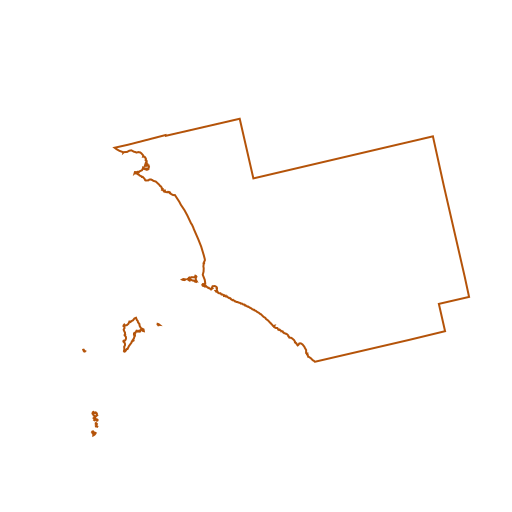 the district of Elliston, South Australia, Australia, rotated 347°
{"feature_id": "25037944B88670568151833", "entity_name": "Elliston", "entity_type": "district", "adm_level": 2, "iso_a3": "AUS", "parent_name": "Australia", "parent_adm1": "South Australia", "projection": "equal_earth", "projection_center": [134.757, -33.574], "detail": "fine", "context": "isolated", "style": "outline", "palette": "amber", "viewbox_px": 512, "rotation_deg": 347, "n_neighbors": 0, "source": "geoboundaries", "source_scale": "gbopen_adm2", "svg_char_len": 6109}
<svg xmlns="http://www.w3.org/2000/svg" viewBox="0 0 512 512"><g transform="rotate(347 256 256)"><path d="M455.3,179.2L270.9,179.8L271.0,118.6L195.2,118.6L195.2,117.8L156.4,118.8L142.6,118.7L144.1,120.5L146.6,122.8L150.2,125.2L150.1,125.4L150.7,125.1L153.8,125.6L156.2,124.9L158.3,125.0L160.6,127.0L161.9,127.6L162.7,128.3L164.9,128.3L165.4,128.7L166.2,128.8L167.3,130.0L168.6,132.4L168.7,133.0L168.5,133.4L168.9,133.3L169.5,134.7L170.1,134.8L170.5,136.1L170.6,136.7L170.0,137.7L170.8,138.5L170.7,139.8L169.9,139.9L168.6,142.1L169.7,141.5L170.3,141.6L170.7,141.9L170.4,142.3L170.5,143.1L169.6,143.5L170.2,143.6L171.2,143.2L171.7,143.4L171.8,145.1L171.0,146.1L170.9,147.0L170.4,147.3L169.1,147.3L168.4,148.0L168.7,147.1L168.1,146.8L168.9,146.7L169.0,146.2L166.4,145.4L166.3,144.8L166.5,145.3L166.8,145.2L165.9,144.4L165.6,145.1L164.2,146.8L161.7,147.3L160.7,148.0L160.3,147.9L159.9,147.3L158.9,147.5L156.9,147.0L156.3,148.1L156.7,147.9L156.9,148.2L157.7,148.0L157.7,148.4L158.0,148.4L158.5,149.0L159.0,149.2L159.1,149.6L159.4,149.6L160.2,150.4L160.5,151.2L162.3,152.6L162.5,153.3L163.4,153.4L164.8,155.8L165.1,157.3L165.5,157.6L168.2,158.1L169.3,157.5L170.9,157.8L171.0,158.1L172.1,158.7L172.9,159.7L175.1,160.9L177.7,164.7L178.3,166.2L178.8,166.5L179.5,168.0L179.4,169.1L180.1,169.6L179.5,170.4L180.1,170.6L180.8,172.1L181.1,171.6L181.9,171.6L182.0,172.9L182.7,173.5L184.4,174.1L184.7,173.7L185.6,174.0L185.7,174.4L186.4,174.6L186.5,174.9L186.2,175.0L186.2,175.5L188.0,177.2L189.0,178.0L190.7,178.4L193.5,186.0L194.3,189.2L196.6,195.2L198.2,201.0L200.1,209.8L200.6,210.8L201.3,214.2L201.4,215.4L203.5,226.6L204.7,234.5L205.3,243.7L205.4,247.6L205.2,248.7L204.1,250.1L203.8,251.4L203.2,251.4L203.1,252.4L202.4,254.3L202.3,256.1L201.4,259.4L199.9,262.3L200.7,267.7L200.4,271.3L199.9,272.0L199.2,271.5L198.7,271.8L197.9,271.4L197.2,272.0L197.4,272.9L197.8,273.3L198.9,272.9L198.9,273.5L199.1,273.9L199.4,273.8L199.5,274.2L200.4,274.0L200.4,274.6L201.0,274.8L202.3,276.4L202.8,276.3L203.2,277.0L204.4,277.9L204.7,278.5L206.1,277.8L205.8,277.6L205.8,277.1L206.9,275.7L209.1,276.0L210.5,277.2L210.8,278.2L210.7,278.8L210.3,278.9L210.3,280.0L209.9,281.1L209.6,281.3L208.9,281.1L209.1,281.6L209.6,281.6L209.6,282.0L209.9,282.1L210.4,281.9L210.5,282.8L210.8,282.9L210.9,283.4L211.7,284.1L213.0,284.3L213.7,285.8L214.7,285.9L215.5,286.8L215.9,286.9L215.8,287.7L216.5,287.7L216.7,288.0L217.5,287.9L217.5,288.6L218.6,288.8L218.9,289.7L220.0,290.3L220.2,290.9L221.4,291.3L221.8,291.9L221.7,292.3L222.2,292.8L223.0,293.6L223.5,293.6L223.5,293.9L224.0,294.0L225.0,294.9L225.2,295.4L225.9,295.6L226.5,296.4L227.8,296.7L228.1,297.2L230.0,298.2L230.5,299.0L231.5,299.1L232.5,300.3L233.7,300.7L233.7,301.0L234.2,301.3L234.2,301.7L234.8,301.8L234.9,302.2L236.3,303.3L236.7,303.3L236.8,303.7L238.2,304.6L238.6,305.3L239.6,305.9L240.5,307.2L242.1,308.0L242.1,308.5L243.6,309.5L244.3,310.5L246.1,312.1L247.1,313.5L247.6,313.7L249.7,317.0L251.2,318.4L251.5,319.5L253.3,321.6L255.0,324.6L255.5,325.1L255.7,325.9L256.2,326.4L256.8,327.9L257.0,328.1L258.1,328.1L257.6,328.6L257.6,329.2L258.2,329.5L258.7,330.4L260.6,331.0L261.2,332.9L262.1,332.9L262.2,333.4L262.7,333.4L262.8,333.7L263.7,334.6L263.7,335.1L264.4,335.1L265.1,335.5L265.2,336.5L265.7,336.8L266.0,337.5L266.7,337.7L267.3,338.4L267.9,338.5L268.7,339.3L269.5,340.6L269.4,341.4L269.7,342.0L270.0,342.1L270.1,343.0L272.0,343.7L272.7,344.5L274.1,346.4L274.7,348.2L274.6,348.6L274.8,348.6L275.1,349.6L275.4,349.8L275.3,350.0L276.1,351.2L276.1,351.7L276.5,352.5L277.2,352.2L278.6,350.9L280.0,351.2L281.4,352.6L282.7,355.3L282.9,356.4L283.7,358.9L283.0,361.8L283.5,362.6L283.9,362.6L283.6,363.3L284.2,363.6L284.0,364.7L284.2,365.1L284.2,365.9L284.6,366.0L286.4,367.9L287.9,370.4L288.7,371.0L289.6,372.3L386.0,372.2L423.3,371.8L423.4,343.8L454.4,343.8L454.7,323.4L454.8,228.9L455.3,179.2ZM107.1,314.8L106.8,317.2L105.9,319.0L106.2,319.6L107.1,319.5L109.3,317.5L109.9,317.7L111.9,315.2L115.3,312.3L115.7,311.4L117.7,310.8L117.7,310.5L117.1,310.1L118.6,308.7L119.2,307.4L119.7,307.1L119.7,306.5L120.2,306.2L120.3,305.5L119.4,305.2L119.7,304.0L120.3,303.5L121.2,303.8L122.8,301.9L123.2,302.0L123.6,303.0L124.1,303.2L125.0,302.6L125.7,303.4L125.9,304.3L126.2,302.4L126.9,302.1L128.1,302.2L128.5,303.3L129.8,304.0L129.9,302.2L128.0,300.7L127.5,300.0L126.9,297.8L127.1,296.0L126.5,295.2L126.5,294.4L126.1,293.9L126.1,292.5L125.5,291.6L125.2,289.2L123.5,289.5L121.7,291.0L119.5,291.5L118.9,292.1L117.9,291.4L116.5,293.3L114.6,294.3L112.7,294.3L112.2,293.2L111.4,293.8L111.1,294.5L111.8,295.3L111.7,296.6L110.5,297.9L110.5,298.7L111.1,301.2L110.9,302.3L110.3,303.2L110.7,303.5L110.3,304.0L111.0,305.4L110.9,306.8L110.3,308.0L109.4,308.9L108.9,309.0L108.4,308.7L107.6,309.1L107.6,309.7L108.4,310.9L108.6,312.3L108.2,313.6L107.1,314.8ZM192.5,267.2L192.3,266.5L191.8,266.3L191.8,265.6L192.1,265.3L192.3,263.9L193.3,262.8L193.0,262.0L192.5,261.6L191.6,263.0L188.2,262.1L187.2,262.5L186.3,261.9L185.8,262.1L185.7,262.6L184.5,262.9L184.6,263.9L185.4,264.7L185.9,264.6L186.0,264.8L186.2,264.5L186.5,264.6L187.2,264.3L188.6,265.6L189.7,265.9L190.2,266.5L190.7,266.5L191.3,267.0L191.1,267.4L191.8,267.8L192.3,267.1L192.5,267.2ZM62.8,379.3L63.8,380.6L64.4,380.7L64.8,380.2L64.4,379.5L62.7,378.5L62.5,377.8L63.4,376.5L65.5,375.4L65.1,374.4L65.5,373.6L64.7,372.4L64.1,372.8L63.0,372.8L62.9,371.7L62.5,371.3L61.8,371.6L61.2,372.8L61.8,373.9L61.9,374.9L63.0,375.7L63.0,376.1L62.6,376.8L61.4,377.4L62.4,378.5L61.4,379.4L61.6,379.6L62.0,379.1L62.8,379.3ZM57.1,394.2L58.4,393.8L59.3,393.1L58.3,392.5L58.6,392.1L58.5,391.8L59.0,391.7L58.1,391.1L57.8,390.2L57.1,390.2L56.7,390.6L56.9,390.8L56.8,391.5L56.9,392.0L57.6,392.3L57.1,394.2ZM181.0,263.4L182.2,263.0L180.0,262.1L178.8,262.4L179.3,262.8L181.0,263.4ZM66.6,308.5L66.7,309.5L67.1,310.4L67.6,310.6L68.1,310.3L67.5,309.8L67.0,308.5L66.6,308.5ZM145.2,301.5L145.5,301.6L145.9,301.2L146.5,301.4L145.8,300.5L144.9,300.0L144.7,300.5L145.2,300.9L145.2,301.5ZM62.6,384.6L63.2,383.9L62.5,382.7L62.2,382.9L62.4,383.8L62.2,383.9L62.6,384.6ZM60.9,385.9L62.2,386.1L62.8,386.6L63.0,386.4L62.2,385.5L60.9,385.9Z" fill="none" stroke="#b45309" stroke-width="2"/></g></svg>